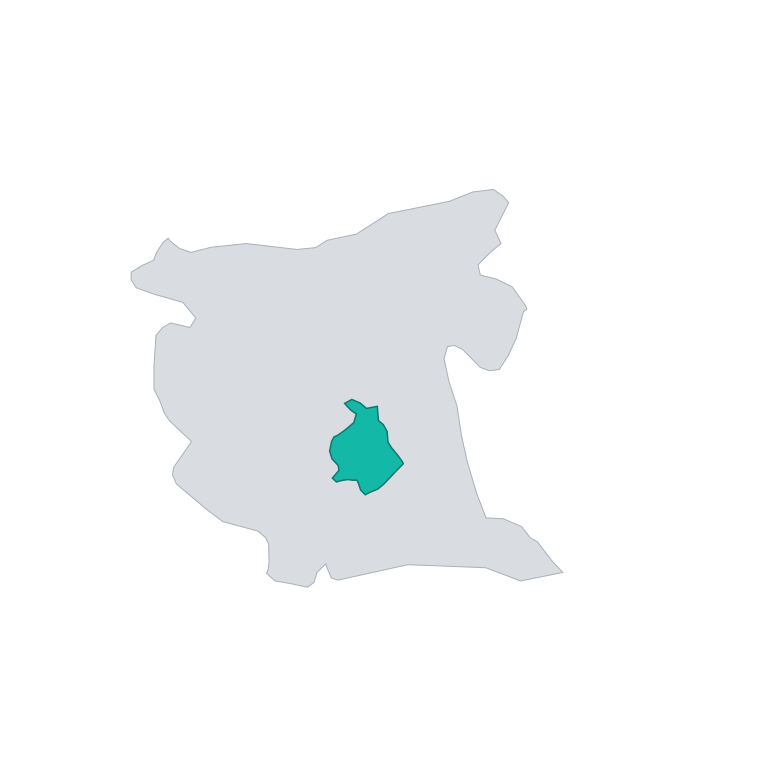 where Danilovgrad sits in Montenegro, rotated 314°
{"feature_id": "MNE-1511", "entity_name": "Danilovgrad", "entity_type": "Municipality", "adm_level": 1, "iso_a3": "MNE", "parent_name": "Montenegro", "parent_adm1": "", "projection": "mercator", "projection_center": [19.12, 42.623], "detail": "fine", "context": "in_parent", "style": "filled", "palette": "teal", "viewbox_px": 768, "rotation_deg": 314, "n_neighbors": 0, "source": "natural_earth", "source_scale": "10m", "svg_char_len": 1853}
<svg xmlns="http://www.w3.org/2000/svg" viewBox="0 0 768 768"><g transform="rotate(314 384 384)"><path d="M339.0,127.4L338.3,131.2L339.4,142.6L344.5,153.6L362.6,164.9L389.2,187.2L420.4,228.0L434.7,240.2L447.6,243.1L472.7,260.0L490.2,264.2L509.8,268.8L560.8,304.1L583.7,314.4L600.0,327.6L601.8,340.1L601.0,347.8L571.6,356.9L566.4,370.6L552.2,369.0L534.9,368.9L529.3,377.6L537.5,391.9L542.9,408.7L538.6,431.8L537.1,434.8L533.0,434.0L508.7,447.4L490.6,453.7L474.3,456.8L466.6,450.4L462.8,441.7L463.5,416.4L460.5,407.8L455.0,403.7L443.8,409.7L430.8,429.2L418.8,451.9L400.7,475.6L385.7,498.2L369.6,526.8L358.6,550.4L370.1,563.7L377.0,582.2L374.9,596.0L377.0,604.1L373.4,628.2L372.7,643.5L337.2,619.1L322.5,584.8L270.6,526.7L211.0,487.1L207.9,480.8L211.1,473.2L214.0,467.1L201.6,466.7L192.9,471.5L184.7,470.2L175.4,455.3L166.6,442.3L166.2,431.0L170.2,429.5L176.2,424.9L188.7,412.3L191.2,405.6L190.6,395.5L173.0,363.6L170.5,342.8L167.9,304.1L171.7,294.9L178.1,290.5L208.9,285.6L208.5,255.4L210.4,246.3L216.5,233.7L220.4,222.2L237.5,205.7L260.7,186.1L270.9,185.5L279.8,188.2L289.8,205.1L300.7,202.9L303.0,182.6L288.7,155.9L281.1,138.9L283.4,129.5L288.8,124.5L301.1,127.6L312.9,132.3L320.4,129.1L332.1,126.7L339.0,127.4Z" fill="#d9dde1" stroke="#a8b0b8" stroke-width="1"/><path d="M335.2,389.1L343.2,385.0L342.2,378.8L342.3,373.9L342.7,369.1L350.5,371.6L353.8,380.2L354.0,383.8L354.3,388.4L363.3,394.7L359.8,398.6L353.9,405.4L354.3,411.6L352.0,419.3L347.8,423.9L344.9,427.5L343.3,434.1L342.2,444.0L340.7,451.9L340.0,453.3L328.7,453.2L311.5,453.4L304.1,452.5L296.0,449.0L291.3,447.5L291.5,440.9L295.0,434.1L296.0,431.2L293.0,428.3L290.4,424.6L285.5,420.8L280.5,417.8L280.4,412.6L280.4,412.2L290.5,411.6L293.6,407.7L294.0,398.6L298.0,391.5L306.1,386.3L311.2,384.8L315.1,386.3L323.3,387.9L335.2,389.1Z" fill="#14b8a6" stroke="#0f766e" stroke-width="1.5"/></g></svg>